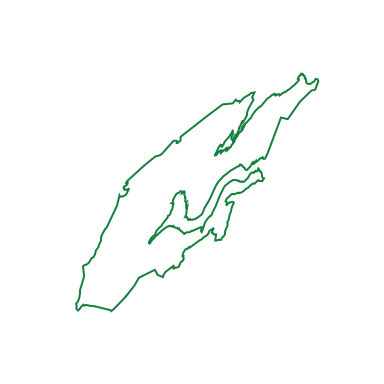 the district of Balsfjord nor, Troms, Norway, rotated 117°
{"feature_id": "86288312B43318148071115", "entity_name": "Balsfjord nor", "entity_type": "district", "adm_level": 2, "iso_a3": "NOR", "parent_name": "Norway", "parent_adm1": "Troms", "projection": "natural_earth1", "projection_center": [19.183, 69.274], "detail": "fine", "context": "isolated", "style": "outline", "palette": "green", "viewbox_px": 384, "rotation_deg": 117, "n_neighbors": 0, "source": "geoboundaries", "source_scale": "gbopen_adm2", "svg_char_len": 6068}
<svg xmlns="http://www.w3.org/2000/svg" viewBox="0 0 384 384"><g transform="rotate(117 192 192)"><path d="M44.9,128.7L36.0,129.7L34.6,131.2L35.1,133.1L38.4,133.4L38.8,134.0L41.4,135.2L42.7,136.7L43.0,138.8L42.7,139.6L39.8,141.7L39.9,142.0L39.3,142.4L39.4,143.3L37.5,144.2L37.6,145.4L36.9,146.2L37.5,146.8L36.6,147.4L36.6,147.9L37.0,148.4L41.5,149.3L43.1,149.0L42.8,148.5L42.9,148.1L43.7,147.5L50.8,149.5L52.3,150.4L55.9,151.7L57.8,153.0L60.5,154.1L61.0,154.6L61.2,155.3L66.3,157.8L66.0,158.5L64.6,158.9L65.6,159.1L66.5,160.3L68.0,161.1L68.2,161.6L67.0,162.2L67.5,162.9L67.3,163.1L68.3,163.6L68.4,164.2L69.8,165.0L72.2,165.9L74.6,167.3L84.9,169.7L85.5,170.2L85.4,170.5L91.4,172.5L96.2,173.2L99.2,173.0L100.4,173.7L104.7,174.7L107.5,175.9L111.3,176.8L112.7,176.5L110.8,175.4L114.3,175.3L118.6,177.0L122.0,177.0L126.3,177.9L127.2,177.8L126.8,177.4L128.4,177.2L128.7,177.8L129.2,177.9L129.4,177.5L130.0,177.5L132.2,178.0L134.6,178.0L134.8,178.3L139.0,179.6L138.4,180.4L136.7,180.4L137.0,180.7L138.8,180.8L137.7,181.4L144.3,184.0L143.0,184.7L141.6,184.8L142.6,185.9L145.8,186.9L147.9,187.0L149.0,188.0L148.7,188.3L139.4,188.5L138.0,188.2L138.9,187.6L137.0,187.9L136.8,187.1L137.3,186.8L136.7,186.4L138.9,185.9L135.7,185.5L132.3,185.7L125.7,183.9L122.5,183.8L122.0,183.3L118.9,183.7L118.9,183.3L122.4,182.1L122.1,181.8L125.4,181.6L127.1,180.8L127.2,180.3L126.8,179.9L127.5,179.2L122.1,179.1L122.7,178.5L121.9,178.1L115.2,178.5L114.0,178.8L113.8,179.2L112.2,179.0L105.8,179.3L105.7,179.0L107.2,178.4L106.2,178.1L100.2,177.8L97.7,178.2L96.4,179.0L91.9,179.5L82.0,179.2L81.0,180.2L80.7,181.3L74.9,181.6L77.2,184.5L78.8,184.9L84.7,188.7L90.4,190.2L89.5,191.3L90.6,193.1L89.8,194.8L94.6,196.0L100.1,204.5L117.9,213.2L148.0,227.2L151.3,225.6L155.0,227.1L155.3,227.9L153.4,228.6L154.3,231.2L154.8,231.7L170.9,235.9L173.6,237.1L177.0,240.8L190.1,246.6L211.4,254.6L212.0,254.6L211.8,254.2L212.3,254.0L212.8,254.1L212.8,254.8L213.9,254.7L213.2,253.5L214.3,253.1L216.9,254.0L217.6,254.9L219.3,255.0L219.7,254.7L219.8,253.9L220.7,253.2L219.9,252.7L219.7,251.8L219.9,251.6L218.9,250.3L217.1,249.7L224.2,249.5L227.1,251.3L228.3,253.3L229.0,253.8L228.0,255.1L238.2,252.6L262.0,251.9L264.6,252.6L270.8,252.8L274.4,252.3L276.5,251.0L281.2,250.9L283.5,250.4L288.2,251.1L290.5,250.3L293.0,250.1L294.8,250.2L296.5,251.4L301.4,251.7L303.5,252.4L304.8,253.3L306.1,254.8L307.8,255.3L316.2,249.8L330.8,247.1L332.4,246.0L337.7,244.3L341.7,243.9L344.2,244.6L345.9,243.0L348.4,242.2L349.4,239.9L348.2,239.2L344.1,238.5L341.7,237.6L342.2,236.3L340.6,235.0L339.8,231.4L337.9,226.4L334.4,211.3L334.3,210.2L334.7,209.9L332.3,208.7L317.7,204.2L314.6,203.6L314.8,203.4L301.3,200.8L292.5,200.4L278.2,189.8L281.5,184.9L281.0,179.2L278.8,179.7L275.1,179.3L266.2,175.0L266.6,174.4L268.5,173.8L264.9,169.9L259.9,170.2L258.6,169.8L257.9,169.1L255.1,169.0L254.5,169.9L252.7,170.6L253.2,171.5L250.7,172.2L246.4,171.9L245.0,171.1L244.9,170.3L242.1,169.5L242.5,168.7L235.4,165.2L231.0,162.9L230.1,162.0L226.3,160.8L224.8,159.4L222.0,158.6L218.7,158.8L214.7,156.6L214.8,156.3L219.1,156.0L219.4,155.3L219.2,154.7L219.3,153.7L219.8,153.5L219.3,152.3L219.6,151.9L219.0,151.2L224.7,149.3L224.4,148.4L222.1,146.2L222.2,145.6L221.4,144.4L219.4,144.5L216.3,143.5L214.2,143.6L212.9,144.4L209.3,145.1L207.6,144.9L204.3,145.6L203.5,146.5L202.3,146.9L201.0,146.5L196.3,147.9L191.6,148.5L187.5,149.6L182.6,149.8L182.2,150.6L182.2,151.2L184.8,154.2L188.6,155.3L186.2,155.8L185.0,156.9L185.0,157.9L182.5,158.1L175.9,155.7L175.1,154.7L175.1,153.7L174.8,153.3L171.3,150.1L171.5,149.1L169.3,147.4L167.7,146.4L164.3,145.2L163.2,144.2L157.2,141.9L156.6,141.3L156.6,140.4L156.1,140.0L151.7,138.6L151.4,138.1L151.8,137.7L151.4,136.6L150.4,134.3L147.2,134.1L147.5,135.0L146.9,136.1L143.3,138.8L142.9,139.6L143.1,140.0L141.5,142.4L142.3,142.7L141.5,143.5L143.4,143.3L144.8,144.3L144.4,145.0L147.0,145.8L147.2,147.3L148.6,148.0L150.0,148.4L154.3,148.6L159.4,150.5L160.2,151.9L159.9,152.2L160.7,153.1L160.8,154.3L161.1,154.6L160.8,154.9L161.1,155.3L161.2,155.9L160.8,156.3L161.2,156.7L161.6,158.9L162.7,160.8L166.0,163.0L171.9,165.6L181.7,165.6L194.0,164.5L201.3,164.4L202.9,164.1L204.8,164.4L205.4,165.2L209.1,166.1L213.2,166.6L220.5,165.4L221.9,165.8L221.3,165.5L223.3,165.3L222.8,166.2L221.9,166.4L222.0,166.1L221.8,165.9L221.6,166.5L219.1,167.5L219.3,168.2L226.4,173.9L226.5,174.6L228.4,175.5L230.1,177.7L230.1,178.2L232.9,180.0L232.2,180.8L232.4,181.5L231.9,182.9L231.8,184.6L231.2,185.5L230.9,187.0L230.4,187.3L231.2,187.8L230.8,188.9L231.4,190.4L231.1,192.2L231.6,192.9L230.8,193.5L231.6,194.2L231.5,194.5L232.0,195.1L232.0,195.7L232.5,196.3L232.3,196.6L234.6,198.6L240.1,201.4L243.0,202.3L244.2,203.0L245.9,203.3L247.2,204.3L249.6,204.6L252.3,205.6L257.1,206.2L257.2,207.1L255.0,207.7L251.3,207.4L248.5,206.5L247.4,205.4L242.7,206.1L237.8,204.6L236.6,203.9L233.1,203.7L226.3,202.2L224.0,202.5L222.9,201.6L221.2,201.3L219.3,201.9L216.1,201.9L210.0,203.5L210.7,203.5L211.3,204.0L211.3,205.0L210.3,204.1L208.2,205.2L205.3,205.3L201.6,205.1L199.7,204.5L198.5,203.2L196.3,202.4L196.5,201.9L196.4,200.8L197.9,200.4L197.1,200.0L195.6,200.2L195.2,199.6L195.8,199.4L195.5,198.4L197.9,197.7L199.6,195.6L200.5,195.6L201.0,194.8L203.3,193.8L203.1,193.5L203.7,192.7L203.2,192.3L204.1,192.3L206.2,191.2L207.2,191.2L206.8,191.0L208.0,190.3L206.4,189.9L215.0,186.9L216.6,186.8L216.1,186.5L217.2,185.5L216.8,185.1L217.3,184.6L217.3,183.9L218.7,182.5L218.3,182.0L218.5,181.9L218.0,182.1L217.4,181.8L217.1,181.4L217.6,181.0L216.4,178.9L214.8,177.1L213.6,176.4L213.6,176.1L207.7,173.2L205.1,173.1L200.8,173.6L190.3,172.9L175.0,173.6L170.3,173.0L163.9,171.2L154.9,167.0L148.5,162.9L147.4,161.5L145.9,161.8L145.4,161.1L145.6,159.3L146.7,157.4L146.5,156.9L146.8,155.9L147.9,154.6L147.5,153.1L143.1,151.7L138.0,151.4L137.2,150.9L138.2,149.9L139.1,149.9L138.8,149.5L135.3,149.1L136.1,148.5L133.9,147.3L131.6,146.9L131.2,146.4L130.0,145.8L129.6,145.3L130.2,145.1L130.0,144.8L129.6,144.9L129.5,144.4L129.2,144.4L130.0,143.3L129.2,142.1L123.1,142.2L85.3,146.5L83.6,139.8L62.5,136.8L47.3,131.6L44.9,128.7Z" fill="none" stroke="#15803d" stroke-width="2"/></g></svg>